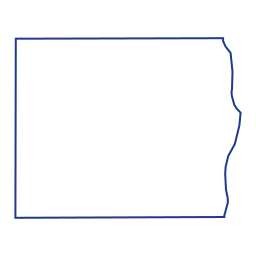 Alcona, Michigan, United States of America
{"feature_id": "52423323B96820900190034", "entity_name": "Alcona", "entity_type": "district", "adm_level": 2, "iso_a3": "USA", "parent_name": "United States of America", "parent_adm1": "Michigan", "projection": "orthographic", "projection_center": [-83.376, 44.684], "detail": "fine", "context": "isolated", "style": "outline", "palette": "blue", "viewbox_px": 256, "rotation_deg": 0, "n_neighbors": 0, "source": "geoboundaries", "source_scale": "gbopen_adm2", "svg_char_len": 403}
<svg xmlns="http://www.w3.org/2000/svg" viewBox="0 0 256 256"><path d="M15.4,217.8L224.3,217.0L224.3,215.6L227.9,202.4L227.7,198.1L226.0,189.7L225.2,174.0L225.6,167.0L228.2,156.1L234.8,144.1L239.4,125.4L240.6,112.7L236.7,108.7L234.3,104.8L231.9,96.1L231.5,91.6L232.0,89.7L232.5,71.8L230.6,53.0L225.6,46.6L223.1,41.1L223.1,38.2L15.8,38.7L15.4,217.8Z" fill="none" stroke="#1e3a8a" stroke-width="2"/></svg>